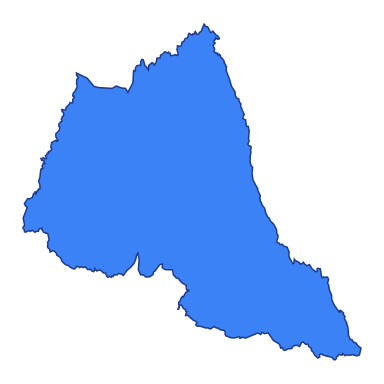 the district of Fenoarivobe, Bongolava, Madagascar
{"feature_id": "10022922B23923498940873", "entity_name": "Fenoarivobe", "entity_type": "district", "adm_level": 2, "iso_a3": "MDG", "parent_name": "Madagascar", "parent_adm1": "Bongolava", "projection": "equal_earth", "projection_center": [46.41, -18.242], "detail": "fine", "context": "isolated", "style": "filled", "palette": "blue", "viewbox_px": 384, "rotation_deg": 0, "n_neighbors": 0, "source": "geoboundaries", "source_scale": "gbopen_adm2", "svg_char_len": 5862}
<svg xmlns="http://www.w3.org/2000/svg" viewBox="0 0 384 384"><path d="M215.9,34.9L212.9,31.1L210.9,32.6L210.4,32.3L208.0,27.3L207.3,26.7L205.1,26.5L204.9,25.0L204.0,24.2L201.2,31.4L199.6,32.3L198.7,33.8L197.7,34.5L196.8,34.2L195.4,31.5L194.9,31.9L194.6,34.0L193.0,33.8L192.1,35.2L189.1,33.3L188.3,34.2L188.4,36.1L187.1,38.1L185.2,38.5L184.0,41.1L181.9,42.3L181.3,45.9L179.2,46.3L177.5,45.8L177.2,46.5L177.6,47.7L176.9,49.3L178.1,53.8L178.1,55.0L177.6,55.6L175.4,54.5L174.4,55.2L170.5,55.7L170.3,53.3L169.2,53.1L168.6,52.1L167.6,53.0L165.3,51.8L164.4,52.0L162.8,53.9L160.6,55.1L160.1,57.9L156.9,58.2L156.4,62.0L154.2,65.1L153.2,63.2L152.0,62.7L148.7,65.4L148.4,69.9L146.2,66.7L144.9,65.8L143.3,59.8L141.9,59.4L140.7,61.6L140.7,65.4L139.0,65.2L136.9,65.8L135.7,67.4L134.9,71.3L133.6,70.7L132.9,82.8L127.9,92.4L125.5,88.4L121.5,88.0L116.2,86.0L112.2,88.4L98.8,87.6L94.1,86.5L87.2,78.2L76.4,73.0L76.5,74.9L78.3,77.9L76.7,79.6L76.6,83.8L77.2,86.2L76.8,87.8L74.7,91.7L73.5,92.7L72.7,95.4L72.8,96.1L74.2,96.3L74.4,97.0L72.8,99.3L72.8,102.3L72.0,103.1L70.1,102.5L69.4,104.1L66.1,107.4L66.0,109.1L65.2,109.9L63.6,110.0L62.1,109.4L61.7,109.8L62.3,111.8L63.1,112.1L63.6,113.1L63.6,115.8L62.2,116.7L62.2,117.9L61.3,118.9L61.9,121.5L60.1,122.2L59.9,123.1L58.9,123.9L58.9,126.4L60.0,127.4L59.2,130.4L55.8,133.9L55.9,136.9L58.0,140.7L57.1,141.3L55.8,140.3L51.7,142.5L50.8,147.1L51.7,149.0L51.2,150.3L49.4,151.5L48.5,151.5L48.7,152.9L48.1,153.5L47.3,153.1L46.6,155.0L45.3,155.8L46.5,158.0L46.0,158.7L45.0,158.7L43.2,157.6L42.2,159.0L41.0,158.6L41.5,160.2L43.9,160.9L44.0,162.1L45.0,163.2L44.5,163.8L43.3,163.4L42.1,165.9L42.9,168.4L42.1,169.0L41.3,168.7L40.7,170.0L39.9,177.3L38.6,181.1L39.9,184.8L40.0,189.0L38.3,189.1L38.1,190.5L37.2,190.8L36.0,193.9L35.4,193.7L35.5,191.9L35.2,191.8L34.7,193.1L33.6,193.7L32.2,197.6L29.7,198.7L27.6,198.8L24.4,203.6L25.4,205.8L27.3,207.3L23.2,218.0L24.5,224.6L24.2,226.1L23.1,227.1L23.0,228.2L24.2,229.5L24.5,231.9L25.9,232.1L28.8,230.6L30.4,231.5L32.1,230.2L34.9,232.3L36.8,231.2L38.4,231.4L39.2,228.8L42.0,228.3L41.8,229.5L43.5,232.2L46.0,233.3L46.9,233.1L47.9,233.9L49.1,239.8L47.5,242.6L47.9,243.8L47.5,246.6L47.9,247.7L49.7,249.4L50.1,252.0L52.7,250.7L54.5,251.3L56.5,253.5L56.6,255.0L60.8,257.9L61.9,261.3L65.5,264.7L68.4,265.5L69.9,267.0L73.5,268.9L74.9,268.8L76.8,266.4L78.5,266.7L79.7,267.7L81.1,266.6L82.9,267.6L85.3,266.8L87.5,269.5L90.5,269.5L92.2,271.2L93.6,271.7L94.7,270.4L94.8,268.6L96.8,271.0L98.5,270.2L100.6,270.2L103.4,272.9L105.7,273.3L106.5,275.8L107.8,277.3L109.6,276.4L111.3,277.3L112.0,276.3L113.0,276.6L113.9,274.9L117.1,274.9L118.4,273.5L121.3,274.1L123.3,275.5L127.2,270.1L130.3,267.7L133.9,263.6L135.9,259.0L136.3,255.9L137.9,253.2L139.1,259.8L138.3,269.7L140.5,274.7L143.4,275.0L145.8,277.0L149.5,276.8L153.0,274.6L153.5,271.9L154.8,271.3L159.8,264.5L162.4,264.1L162.3,267.7L165.4,269.7L172.2,269.8L172.8,270.6L173.2,274.4L176.1,277.9L178.5,278.6L180.5,281.4L182.7,283.4L186.1,285.1L186.5,289.8L188.8,290.2L188.8,291.0L187.3,291.4L185.5,292.8L183.5,296.8L182.7,296.3L181.3,297.7L180.0,301.1L178.7,302.2L178.7,304.6L179.2,306.0L177.9,309.2L178.6,309.2L179.1,308.0L179.5,305.2L181.4,305.0L183.5,308.6L185.4,309.5L185.8,311.2L186.9,311.9L186.0,313.4L185.6,315.6L187.8,315.3L193.0,320.0L195.8,321.4L197.0,323.0L195.7,324.7L197.1,326.2L200.1,326.2L205.9,328.0L207.8,327.8L209.8,328.8L211.2,328.7L212.5,327.5L214.6,326.6L215.4,327.6L218.2,328.3L220.1,329.7L224.5,330.6L225.2,331.8L225.1,334.3L225.8,335.8L231.1,337.8L234.4,337.9L239.2,336.8L239.8,337.1L239.9,338.3L242.9,337.2L245.6,338.1L257.3,333.2L258.3,333.2L260.6,334.5L262.2,332.2L264.3,333.7L268.2,332.9L273.4,340.5L278.8,343.7L280.0,345.3L280.6,348.1L282.5,347.7L283.4,349.9L284.1,350.3L286.1,350.0L287.7,348.9L291.7,348.6L292.9,346.4L295.6,345.2L296.7,345.2L299.6,346.5L301.4,342.7L303.2,341.9L305.6,344.3L307.9,344.1L308.8,346.6L311.3,348.4L311.5,350.8L312.9,351.8L314.9,355.4L317.8,358.0L319.7,357.1L319.6,354.6L320.4,353.8L324.7,355.6L332.0,357.3L333.8,359.7L335.1,359.8L336.1,358.9L336.8,356.5L337.9,356.1L339.0,354.5L342.1,355.2L342.7,353.5L345.1,355.7L345.8,355.0L350.9,355.2L352.1,354.6L356.7,355.9L359.4,355.0L361.0,348.1L358.0,345.9L356.1,343.1L353.3,341.9L351.9,339.6L350.3,339.6L348.3,334.7L348.5,332.8L347.7,326.5L346.9,324.6L346.8,323.1L344.4,318.5L345.0,316.3L343.3,314.5L343.5,312.8L340.5,310.3L339.8,310.6L339.9,312.1L339.2,312.1L334.7,305.8L332.5,301.6L331.7,299.2L331.6,295.3L329.4,289.9L328.6,285.0L327.5,283.1L328.6,279.6L327.6,277.2L326.8,276.9L324.9,277.5L323.6,276.9L322.2,277.8L321.5,276.2L320.3,268.8L317.4,268.3L317.1,268.9L317.1,271.6L316.1,271.8L312.4,269.3L309.5,264.6L306.8,265.7L304.5,263.9L303.4,262.2L302.1,263.6L300.0,264.1L299.4,262.6L295.2,260.4L294.3,259.2L293.9,263.2L292.8,263.7L289.3,257.5L288.8,254.9L289.2,252.4L287.1,247.1L284.0,246.2L281.8,244.1L280.1,244.7L279.0,243.0L277.7,242.7L276.6,241.8L277.9,237.5L278.0,235.5L276.8,233.6L276.5,229.6L274.2,225.1L273.1,223.5L270.4,221.2L269.4,218.3L267.8,217.1L266.0,213.6L264.6,208.2L262.2,205.2L261.0,201.7L260.3,201.1L260.2,199.2L259.6,198.1L260.2,196.7L260.2,195.5L258.0,191.0L257.7,188.8L253.1,180.3L252.0,173.5L252.6,167.3L250.9,165.2L250.1,161.6L250.2,155.9L250.9,153.1L250.7,150.1L251.1,146.6L248.7,145.5L247.8,144.3L249.2,140.9L248.5,139.3L249.2,130.3L248.5,128.5L248.4,126.5L246.3,125.9L245.6,119.9L243.2,118.8L243.0,116.5L244.3,114.6L241.9,109.6L241.7,108.3L240.7,107.1L240.8,103.6L239.7,102.6L239.0,100.9L238.8,98.9L237.2,98.4L235.8,96.6L235.2,94.9L234.9,91.5L231.5,86.4L229.6,79.5L226.5,71.6L226.2,68.8L226.6,66.7L225.6,66.1L225.8,65.1L224.2,62.6L224.2,61.4L222.3,58.4L220.7,57.4L220.6,55.8L219.5,54.4L218.1,55.3L217.9,53.3L216.1,53.5L215.9,52.4L214.4,52.4L213.8,51.4L214.7,49.1L213.0,45.4L215.2,43.0L213.9,42.0L214.1,40.5L215.1,39.9L215.8,37.9L217.4,39.3L219.2,38.9L219.4,38.2L217.7,35.9L215.9,34.9Z" fill="#3b82f6" stroke="#1e3a8a" stroke-width="1.5"/></svg>